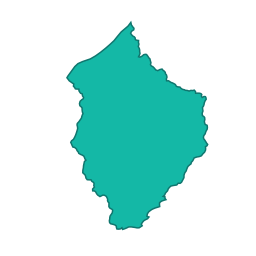 the district of Bernardo Sayão, Tocantins, Brazil, rotated 47°
{"feature_id": "56859067B43927919918993", "entity_name": "Bernardo Sayão", "entity_type": "district", "adm_level": 2, "iso_a3": "BRA", "parent_name": "Brazil", "parent_adm1": "Tocantins", "projection": "equal_earth", "projection_center": [-48.957, -7.99], "detail": "fine", "context": "isolated", "style": "filled", "palette": "teal", "viewbox_px": 256, "rotation_deg": 47, "n_neighbors": 0, "source": "geoboundaries", "source_scale": "gbopen_adm2", "svg_char_len": 3659}
<svg xmlns="http://www.w3.org/2000/svg" viewBox="0 0 256 256"><g transform="rotate(47 128 128)"><path d="M49.6,138.4L51.8,138.6L53.4,138.8L55.4,138.4L57.3,138.0L58.8,137.6L60.2,139.4L61.9,139.4L63.5,139.8L64.8,138.7L66.0,137.4L67.4,138.5L68.8,138.8L70.3,139.0L71.7,138.2L73.6,139.4L75.3,139.6L76.1,140.8L75.8,142.3L75.8,144.8L77.1,146.9L78.9,148.0L80.3,147.8L82.0,147.9L83.7,149.4L85.3,150.5L86.8,151.1L87.3,152.5L88.1,154.0L89.0,155.3L89.4,157.3L89.9,159.6L90.1,162.0L91.0,163.2L92.3,163.9L93.9,165.0L94.9,166.5L96.0,168.4L97.2,170.6L98.1,172.6L99.1,175.5L98.9,178.1L99.5,179.7L100.8,180.1L102.7,180.8L104.4,181.3L105.6,180.4L107.0,180.1L108.5,180.1L109.8,180.7L111.4,180.7L113.0,181.3L115.0,180.7L116.7,179.9L118.5,179.5L119.9,180.0L121.4,180.6L122.8,180.7L122.8,182.7L123.9,184.3L125.3,186.3L126.6,187.7L128.1,189.8L129.9,191.6L131.6,191.5L132.9,191.4L134.3,191.9L136.0,192.9L138.0,193.1L139.6,191.6L140.6,190.4L141.9,190.8L143.0,190.7L144.2,190.3L145.5,190.7L146.8,192.3L148.3,192.9L148.5,195.5L149.9,196.7L151.1,195.5L152.7,195.2L154.7,195.8L156.4,195.9L157.6,195.6L159.0,195.3L159.5,193.7L159.9,192.2L161.1,191.1L163.1,190.5L164.7,190.9L166.1,191.4L167.3,192.6L168.6,193.0L169.8,193.0L171.1,194.3L172.5,195.6L173.9,195.9L175.1,195.7L176.2,195.2L177.6,195.2L178.5,196.3L179.3,197.4L179.7,199.1L180.1,200.9L180.9,202.2L181.9,203.2L183.1,204.9L184.7,206.0L186.2,206.0L188.3,204.6L189.9,203.7L191.6,203.4L193.0,204.4L194.3,205.0L195.7,203.7L196.7,202.2L196.8,200.5L198.5,201.1L199.4,199.2L200.2,197.1L200.8,195.0L202.4,193.2L203.9,192.0L205.5,190.7L207.2,189.5L208.6,187.9L208.9,186.1L209.2,184.3L207.4,183.9L206.8,181.5L206.6,179.6L207.0,177.8L207.7,175.6L207.4,173.4L205.5,174.4L204.0,172.4L203.4,169.9L203.7,167.0L204.0,165.5L204.6,163.8L205.2,162.3L206.0,160.7L207.1,158.4L205.5,157.2L204.2,155.9L204.2,154.4L204.6,152.8L205.4,150.9L206.3,149.1L204.6,148.9L203.5,147.9L202.0,148.9L202.0,146.7L201.2,145.3L201.0,143.6L200.9,141.9L200.0,140.2L199.7,138.4L199.7,136.3L200.7,134.5L201.9,132.7L202.9,131.2L202.6,129.0L204.0,127.6L204.2,125.9L203.5,123.9L202.5,121.0L200.6,119.1L199.5,117.0L199.1,114.8L198.1,113.0L197.0,110.5L197.0,108.3L197.2,106.4L196.3,105.1L196.1,102.9L195.0,100.0L196.1,97.5L197.6,95.2L198.4,93.2L198.0,91.2L197.9,88.4L197.0,86.3L195.7,85.0L194.5,84.1L194.9,82.3L194.3,80.9L193.0,80.9L191.8,80.6L190.6,80.4L189.2,80.1L187.7,80.0L186.5,79.4L185.3,77.9L184.9,75.6L183.7,73.5L182.8,70.8L181.6,69.4L180.0,68.3L178.1,69.1L176.8,68.6L175.3,67.7L174.2,66.0L172.6,64.8L171.4,64.7L169.7,65.1L167.8,63.7L166.7,61.6L165.2,60.6L163.8,59.5L163.4,57.7L162.6,56.3L161.6,55.0L160.7,53.0L160.3,51.2L159.1,50.4L157.9,50.0L156.8,50.9L156.3,52.9L154.7,52.6L153.8,51.2L152.6,51.2L151.4,51.9L150.1,53.2L148.7,54.8L147.4,53.8L145.5,53.7L144.6,55.3L143.4,56.3L142.7,58.1L140.9,59.1L139.6,60.3L138.4,60.7L137.0,61.7L135.2,62.2L133.5,62.1L131.9,63.5L130.5,64.2L128.5,63.7L126.7,64.2L125.2,64.8L123.9,65.5L122.6,65.8L121.2,66.1L119.8,67.6L118.3,66.5L117.4,64.8L115.5,63.7L113.9,63.6L112.7,62.8L111.2,62.7L109.6,63.0L108.1,62.9L106.9,65.0L106.4,67.1L104.4,68.1L102.2,67.9L100.0,68.0L98.6,68.6L97.0,68.4L95.9,66.7L94.7,66.1L93.4,65.4L92.3,64.8L90.9,64.9L88.8,64.5L86.9,64.3L85.9,65.1L85.1,66.5L85.0,68.9L84.3,71.0L83.1,71.7L82.5,69.9L81.6,68.3L80.2,67.5L78.9,66.3L77.5,65.5L75.5,65.0L74.1,62.8L72.5,62.0L71.2,60.6L69.6,61.9L68.3,62.3L66.9,61.3L65.7,61.2L64.3,61.7L62.7,61.8L60.5,61.5L59.7,59.5L60.1,56.8L59.1,55.6L57.9,55.6L54.9,55.2L53.9,54.6L52.7,53.9L53.5,58.5L53.1,67.5L53.9,73.8L54.6,78.6L54.6,84.6L54.4,90.0L53.9,96.7L53.1,102.7L51.8,108.4L48.4,116.0L46.8,120.7L46.8,125.0L49.0,136.4L49.6,138.4Z" fill="#14b8a6" stroke="#0f766e" stroke-width="1.5"/></g></svg>